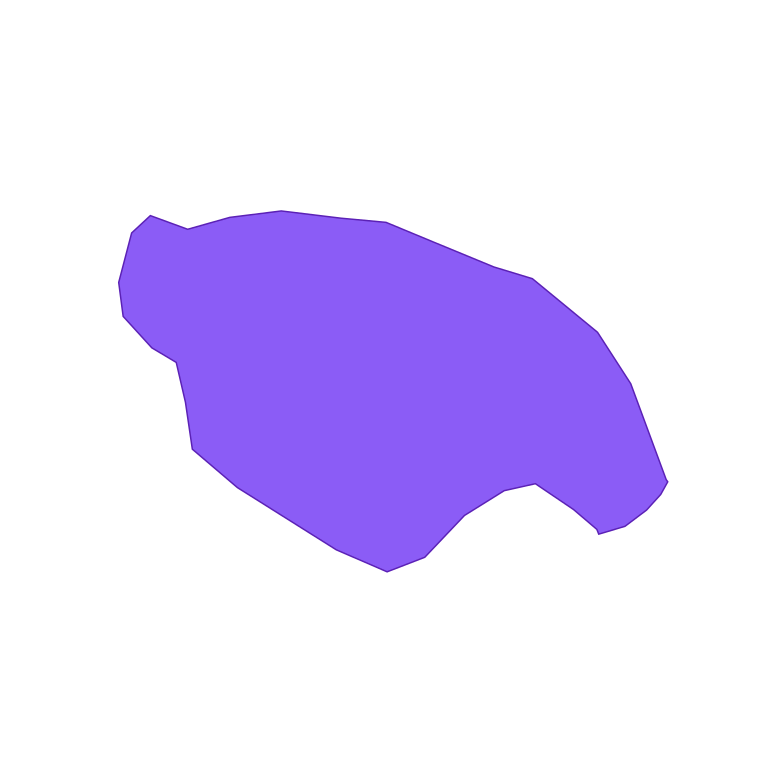 Bosnian Podrinje, orthographic projection, rotated 211°
{"feature_id": "BIH-2891", "entity_name": "Bosnian Podrinje", "entity_type": "Canton", "adm_level": 1, "iso_a3": "BIH", "parent_name": "Bosnia and Herzegovina", "parent_adm1": "", "projection": "orthographic", "projection_center": [18.793, 43.673], "detail": "fine", "context": "isolated", "style": "filled", "palette": "violet", "viewbox_px": 768, "rotation_deg": 211, "n_neighbors": 0, "source": "natural_earth", "source_scale": "10m", "svg_char_len": 587}
<svg xmlns="http://www.w3.org/2000/svg" viewBox="0 0 768 768"><g transform="rotate(211 384 384)"><path d="M122.6,365.9L126.7,369.0L156.8,374.0L202.9,376.5L226.0,354.5L247.3,312.8L259.8,256.5L284.6,224.6L339.5,217.3L456.3,219.7L514.7,229.4L544.8,266.1L573.2,295.5L601.6,295.4L642.4,307.6L663.7,334.4L678.1,383.5L671.0,408.0L632.0,415.5L602.0,447.4L561.2,479.4L506.2,504.0L465.5,523.6L415.7,531.0L350.1,540.9L311.0,550.7L227.6,538.3L172.6,511.3L92.9,447.4L90.4,446.3L89.9,431.9L94.0,411.2L104.1,386.2L119.1,369.7L122.6,365.9Z" fill="#8b5cf6" stroke="#5b21b6" stroke-width="1.5"/></g></svg>